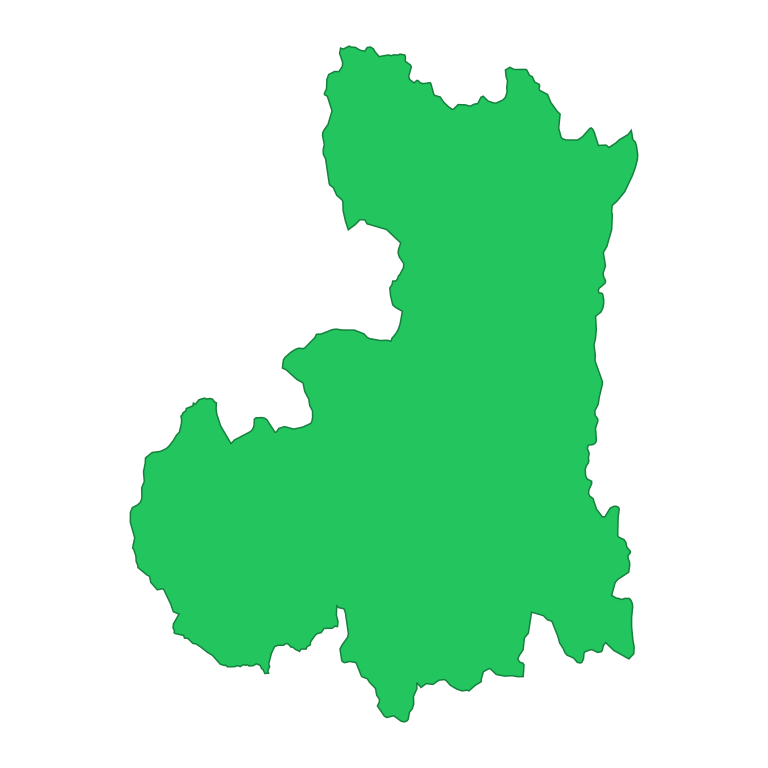 Nam Nhun, Lai Chau, Vietnam (Equal Earth projection)
{"feature_id": "81297802B14703404520131", "entity_name": "Nam Nhun", "entity_type": "district", "adm_level": 2, "iso_a3": "VNM", "parent_name": "Vietnam", "parent_adm1": "Lai Chau", "projection": "equal_earth", "projection_center": [102.988, 22.256], "detail": "fine", "context": "isolated", "style": "filled", "palette": "green", "viewbox_px": 768, "rotation_deg": 0, "n_neighbors": 0, "source": "geoboundaries", "source_scale": "gbopen_adm2", "svg_char_len": 6065}
<svg xmlns="http://www.w3.org/2000/svg" viewBox="0 0 768 768"><path d="M468.9,690.9L475.4,685.2L481.1,681.8L481.5,678.2L483.4,671.7L489.1,668.6L490.3,668.8L496.3,674.5L498.2,674.9L504.9,676.1L512.1,675.7L517.7,676.7L523.2,676.6L524.0,664.9L522.9,663.2L519.6,662.0L517.8,659.0L519.2,655.6L523.1,649.7L524.4,637.9L528.3,633.3L531.6,612.2L543.4,615.6L547.3,619.7L551.9,621.3L558.0,636.7L559.7,643.1L563.2,648.5L565.0,652.7L567.1,655.2L573.6,658.0L577.3,662.4L580.4,663.0L581.7,662.5L583.5,658.9L584.0,653.1L585.2,651.7L590.5,649.8L592.4,649.8L597.5,652.4L601.4,651.7L602.4,649.9L603.4,645.5L605.7,642.6L613.8,650.5L628.9,658.9L633.8,653.7L634.1,646.7L632.9,640.3L631.6,626.8L631.6,617.5L632.7,606.6L632.2,603.2L630.8,600.1L629.3,598.4L624.9,598.4L621.2,599.6L619.6,598.6L616.3,598.1L611.6,595.4L615.1,582.7L617.7,579.5L628.7,572.2L629.7,565.2L629.5,561.8L628.3,559.1L627.9,555.9L630.3,552.7L630.4,551.4L626.8,547.1L625.9,542.5L624.0,539.6L618.5,537.1L617.7,535.3L618.1,517.6L619.2,509.1L618.6,507.4L616.0,506.2L613.6,506.4L610.1,508.2L605.0,516.7L602.4,516.9L596.5,509.1L593.0,498.5L589.8,496.2L588.5,493.5L589.0,489.7L591.7,483.7L591.6,481.3L586.9,478.8L585.6,475.6L585.2,469.5L586.4,465.6L588.1,463.3L588.8,461.1L588.4,457.7L589.2,453.5L587.3,448.3L588.4,445.1L593.4,444.5L595.7,442.6L596.4,440.2L595.5,428.1L597.8,421.3L597.8,419.1L595.1,415.2L594.9,410.6L598.2,404.3L599.4,396.5L602.4,384.2L602.4,381.6L595.0,360.7L595.3,355.3L594.0,344.8L595.5,338.5L596.3,329.4L595.6,316.2L601.0,312.0L603.0,307.7L603.7,303.3L603.7,299.5L602.7,294.3L601.6,293.1L599.1,293.1L598.3,290.7L599.0,288.4L604.9,283.4L605.5,281.9L605.5,280.5L603.7,277.0L603.1,273.0L605.5,266.0L603.3,252.5L606.9,246.4L611.7,229.4L612.3,214.4L611.6,211.8L612.2,205.5L617.1,201.0L624.8,191.6L632.5,175.3L635.3,167.6L637.4,159.5L637.7,154.5L636.5,146.1L635.3,142.1L632.9,139.7L631.3,130.4L628.1,134.5L619.1,139.9L615.8,143.0L608.9,147.5L606.2,145.1L598.4,145.4L594.2,132.2L592.7,129.2L591.2,127.9L589.8,128.5L582.5,136.7L577.6,140.0L566.0,140.0L562.4,138.7L561.1,137.2L558.7,128.2L560.1,114.1L557.2,111.3L550.7,102.3L547.6,94.5L539.8,90.4L538.9,88.7L539.7,86.0L539.3,84.4L534.8,82.2L532.3,76.7L529.5,75.4L526.9,70.2L525.8,69.4L514.4,69.5L509.8,67.3L505.4,70.0L506.1,76.7L507.5,81.1L506.7,87.9L507.1,92.2L505.3,97.4L503.0,99.9L496.3,103.0L494.0,103.1L488.0,101.0L483.2,96.2L481.0,97.2L477.7,103.7L474.4,104.1L470.0,106.3L465.6,104.9L458.1,104.6L453.5,109.2L452.4,109.4L448.6,106.9L443.6,102.1L440.2,97.0L434.7,95.4L433.8,94.3L430.9,83.7L430.2,82.7L423.3,83.6L420.3,82.9L418.1,80.6L416.9,80.4L414.0,82.9L409.5,79.3L408.7,76.4L411.3,67.0L410.4,65.0L405.3,61.3L405.4,56.6L404.8,55.0L399.8,54.1L398.5,55.1L393.7,54.8L391.0,55.8L389.4,55.0L386.8,55.2L379.2,56.6L374.8,51.5L373.7,49.2L370.6,47.0L367.2,47.5L364.7,51.2L360.1,50.2L355.2,47.3L351.5,47.2L349.1,46.1L343.3,49.1L340.6,48.1L339.6,53.4L342.6,62.3L342.4,66.3L338.9,71.6L334.6,71.5L328.7,74.5L326.9,79.4L326.5,88.7L324.4,93.5L324.5,94.6L327.4,96.3L332.0,110.9L328.0,124.5L324.1,129.9L322.8,132.7L322.5,135.4L324.3,144.5L323.2,149.5L323.3,154.2L325.6,159.0L329.2,183.4L329.7,184.9L333.3,187.6L336.8,195.4L342.1,200.0L342.9,201.9L343.1,210.5L345.3,220.5L348.3,229.8L355.8,224.1L359.8,219.8L364.8,219.8L367.0,223.8L386.5,229.5L400.7,242.9L398.5,249.6L398.1,253.1L399.4,257.1L403.7,263.5L403.5,267.6L399.8,274.6L398.4,275.9L397.5,279.1L395.6,281.0L392.8,281.0L391.9,284.9L389.8,288.0L390.5,295.4L392.7,304.8L395.5,307.4L402.4,311.3L400.1,324.0L398.4,329.1L396.4,332.9L391.8,338.6L391.0,341.3L387.5,340.3L380.0,340.5L369.2,338.5L367.0,337.2L364.0,333.9L354.4,330.1L341.7,330.0L336.3,329.1L332.3,329.6L321.2,334.0L316.5,334.3L314.8,337.7L304.8,347.9L303.3,348.6L298.4,348.2L295.1,349.6L290.9,352.2L285.1,357.3L283.4,359.9L282.4,368.1L286.2,369.8L296.9,379.5L303.0,382.9L304.8,391.6L308.8,399.1L309.7,405.6L312.5,410.9L312.6,416.9L312.1,420.6L310.8,423.4L302.4,427.2L293.8,429.1L284.5,426.6L278.9,428.4L276.2,432.1L275.0,432.3L266.8,419.7L264.7,418.2L262.0,417.6L256.1,417.8L254.3,419.2L254.0,426.0L252.6,429.3L250.6,431.5L234.6,439.9L231.0,443.6L220.6,425.9L216.7,413.8L216.1,408.5L216.4,402.9L214.5,401.9L212.7,399.3L210.4,398.5L206.3,399.0L204.6,398.1L199.0,399.7L195.4,404.3L193.4,403.1L192.8,405.9L186.3,408.5L185.8,410.8L182.9,412.9L182.4,414.7L180.9,416.2L181.6,419.2L181.5,423.1L179.4,432.1L176.5,435.2L173.3,440.6L169.0,446.1L166.3,448.6L160.4,451.4L152.2,452.5L145.5,457.9L145.2,463.5L143.5,471.6L144.3,481.4L141.7,487.8L141.9,497.4L141.4,499.9L139.9,502.8L137.4,505.0L132.4,507.6L130.4,512.3L130.3,522.3L134.7,537.7L132.6,548.1L133.7,549.3L135.9,556.0L136.2,561.7L137.7,565.0L137.9,567.5L146.8,574.9L149.5,576.3L150.8,582.4L157.3,589.8L162.5,588.8L163.7,589.4L170.8,604.3L173.4,611.8L179.0,614.1L173.5,623.8L173.0,627.8L174.4,630.4L174.1,632.7L175.3,633.6L183.6,635.4L184.5,638.1L187.8,638.4L193.0,643.5L195.8,643.8L200.5,646.8L207.4,652.3L212.5,655.4L220.3,664.2L224.4,665.5L225.9,665.2L227.3,666.8L231.3,666.8L235.2,666.6L237.2,665.6L240.4,666.6L243.3,664.6L245.4,665.3L247.4,664.7L249.0,666.0L253.5,665.6L256.3,663.8L260.3,665.4L261.5,668.5L263.0,669.6L264.9,673.5L268.6,673.2L267.8,670.7L269.7,666.6L268.9,665.0L269.0,662.8L271.4,653.4L274.6,646.6L277.8,645.4L283.7,645.2L285.9,643.5L286.8,643.6L288.5,644.3L291.1,647.2L292.9,647.2L295.2,649.3L299.6,651.4L301.1,649.0L306.0,649.1L307.1,646.6L310.2,645.0L310.6,641.8L315.2,635.3L317.4,633.5L321.1,632.7L324.1,628.4L332.2,628.2L334.9,626.2L337.5,626.6L338.0,621.6L336.4,615.4L336.7,605.8L338.8,607.7L343.9,608.7L345.4,612.7L348.4,633.7L347.7,637.1L341.9,645.3L340.0,649.0L341.7,660.3L342.4,661.6L344.4,662.7L349.7,661.5L356.0,662.6L361.3,675.8L362.4,676.9L367.4,678.8L369.4,682.1L375.5,688.5L376.7,695.3L379.5,699.3L379.3,702.0L377.4,706.0L384.4,716.2L386.8,717.5L393.7,715.8L401.3,721.3L404.7,721.9L407.3,720.6L408.2,719.2L409.4,712.4L412.2,708.9L413.7,704.1L413.5,696.2L416.9,688.8L416.8,683.5L417.2,683.1L421.0,687.5L426.2,683.6L433.0,684.4L438.9,680.2L444.4,679.6L446.0,680.4L450.5,685.4L456.6,689.0L462.0,690.9L467.1,690.2L468.9,690.9Z" fill="#22c55e" stroke="#15803d" stroke-width="1.5"/></svg>